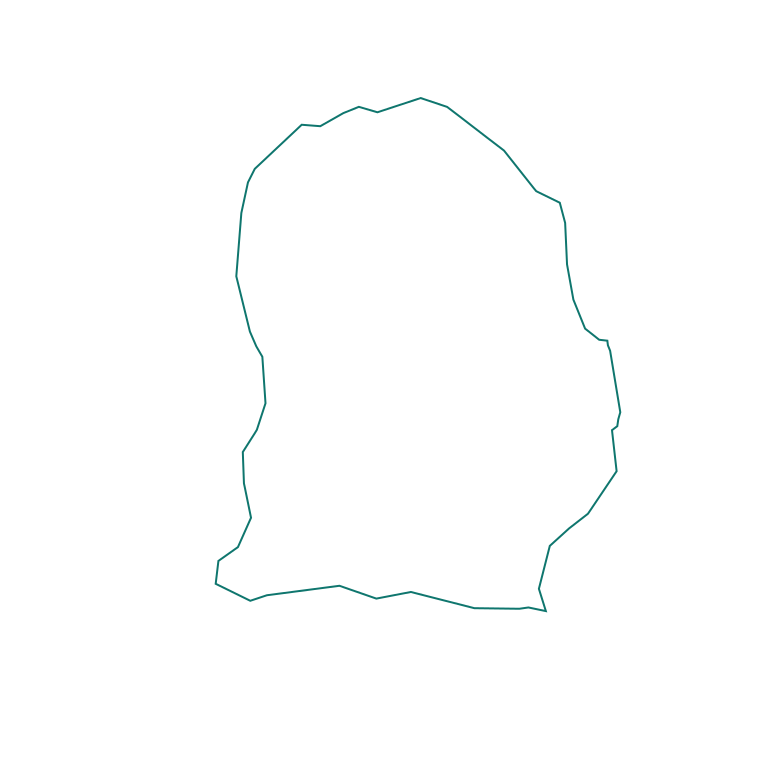 Bui, Nord-Ouest, Cameroon (Mercator projection), rotated 248°
{"feature_id": "32672807B1542757875740", "entity_name": "Bui", "entity_type": "district", "adm_level": 2, "iso_a3": "CMR", "parent_name": "Cameroon", "parent_adm1": "Nord-Ouest", "projection": "mercator", "projection_center": [10.721, 6.252], "detail": "fine", "context": "isolated", "style": "outline", "palette": "teal", "viewbox_px": 768, "rotation_deg": 248, "n_neighbors": 0, "source": "geoboundaries", "source_scale": "gbopen_adm2", "svg_char_len": 874}
<svg xmlns="http://www.w3.org/2000/svg" viewBox="0 0 768 768"><g transform="rotate(248 384 384)"><path d="M112.8,449.0L136.1,450.9L171.8,477.1L180.8,501.6L187.3,524.5L189.3,527.5L216.0,567.0L255.8,578.1L257.5,584.5L263.5,588.0L269.3,592.5L330.1,606.1L336.0,606.1L340.5,607.3L344.4,600.1L360.0,591.2L391.3,591.2L426.3,598.5L465.5,612.3L486.2,614.9L505.7,597.4L509.8,596.1L555.5,582.7L573.6,572.0L605.5,553.3L617.3,546.3L635.4,525.1L638.4,479.7L650.4,464.5L650.4,447.8L646.9,421.5L655.2,404.8L631.9,344.8L621.9,333.4L596.0,315.8L539.2,287.4L482.8,279.3L466.7,279.7L454.8,281.4L410.5,266.9L389.2,249.0L386.8,245.8L373.8,227.6L344.3,216.9L340.8,216.3L309.8,210.6L307.2,207.9L287.5,187.5L282.0,164.2L261.8,153.1L233.1,178.8L232.0,196.3L213.6,267.1L187.9,296.5L181.1,331.0L142.3,383.8L124.9,425.3L122.7,434.2L112.8,449.0Z" fill="none" stroke="#0f766e" stroke-width="2"/></g></svg>